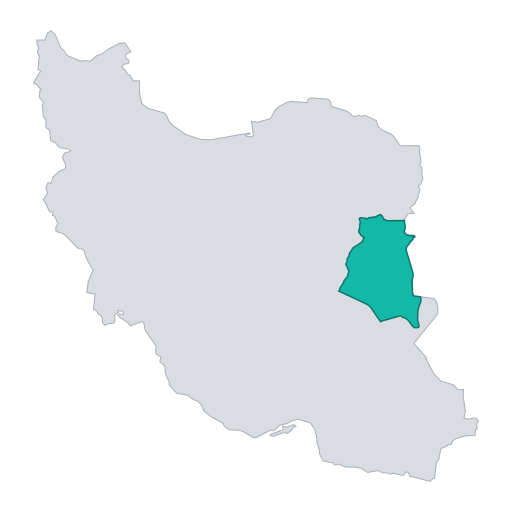 location of South Khorasan within Iran
{"feature_id": "IRN-3244", "entity_name": "South Khorasan", "entity_type": "Province", "adm_level": 1, "iso_a3": "IRN", "parent_name": "Iran", "parent_adm1": "", "projection": "orthographic", "projection_center": [59.888, 32.335], "detail": "fine", "context": "in_parent", "style": "filled", "palette": "teal", "viewbox_px": 512, "rotation_deg": 0, "n_neighbors": 0, "source": "natural_earth", "source_scale": "10m", "svg_char_len": 5407}
<svg xmlns="http://www.w3.org/2000/svg" viewBox="0 0 512 512"><path d="M251.5,121.5L257.9,122.2L269.9,118.8L271.0,117.9L275.0,110.1L279.2,106.6L286.4,102.6L291.0,101.4L306.8,102.6L308.2,99.4L310.9,97.8L328.1,99.2L330.6,101.8L331.5,106.4L345.9,110.8L348.8,112.3L352.2,115.7L355.1,116.6L358.9,115.2L361.2,116.2L365.0,115.4L376.2,120.5L377.7,125.6L379.7,128.0L382.2,130.1L391.2,134.1L393.8,136.4L400.4,145.9L418.6,145.6L419.8,147.6L419.6,151.7L421.0,161.3L419.6,164.9L422.0,168.1L421.8,174.1L422.8,178.4L420.7,184.3L418.6,185.4L419.9,190.6L418.0,195.7L418.3,197.6L415.4,201.9L415.3,203.5L409.9,207.5L413.9,213.3L408.0,213.7L404.2,219.9L405.3,227.2L404.3,231.0L404.9,233.2L406.4,234.6L414.5,236.0L414.8,237.0L406.2,247.8L406.6,251.9L413.0,273.6L412.0,284.5L413.0,295.6L433.9,298.6L436.3,301.4L437.9,307.6L437.9,312.2L437.2,314.6L413.9,343.3L426.1,357.3L426.7,360.4L434.1,374.1L441.0,381.1L453.0,384.7L458.5,389.8L463.5,389.4L463.2,396.5L465.4,411.1L464.0,417.9L468.2,419.1L474.7,417.9L477.1,419.1L478.4,421.5L476.8,422.9L477.2,428.7L475.5,430.0L474.9,435.4L465.3,435.9L456.3,438.5L453.0,440.6L451.2,444.5L448.2,444.3L447.3,445.8L440.9,448.6L438.7,459.7L436.4,462.4L434.6,478.3L433.2,478.5L430.0,481.3L410.2,476.3L408.2,472.5L406.2,471.8L403.3,475.5L393.4,473.4L390.0,474.1L387.9,472.9L382.6,472.8L378.4,470.6L367.6,472.4L361.1,468.3L354.1,467.1L345.5,467.1L338.5,464.0L334.8,465.1L333.2,463.0L322.8,460.8L319.5,453.6L319.5,450.1L317.1,443.9L316.4,434.9L314.3,428.3L310.0,422.8L298.2,419.2L292.0,420.7L287.3,423.6L279.8,425.0L273.7,430.8L270.3,430.2L256.1,437.7L253.2,437.5L243.1,431.5L238.5,430.2L229.1,429.9L224.1,425.9L222.9,423.2L211.0,416.7L203.8,410.9L201.8,405.8L198.8,402.0L191.7,398.6L187.8,395.2L176.6,393.2L169.2,384.8L169.3,382.3L165.3,373.4L165.0,367.1L164.1,365.4L160.4,362.5L159.9,360.8L161.0,356.9L156.2,354.1L155.6,352.1L156.1,346.1L145.3,330.5L143.6,322.2L141.4,321.7L130.3,325.9L127.5,322.6L118.7,316.6L117.6,314.5L120.0,313.8L122.2,314.9L123.7,314.0L123.3,312.2L121.1,310.9L117.9,310.7L118.6,312.4L115.5,313.6L114.7,315.6L114.8,321.6L113.4,323.2L108.4,323.7L105.1,325.3L102.6,322.8L102.2,318.3L100.7,315.3L98.3,314.0L96.6,311.0L93.5,309.2L95.0,294.0L86.9,292.8L88.2,281.2L93.1,270.2L86.6,259.0L84.1,250.7L82.2,249.0L78.3,248.7L66.4,236.5L62.2,233.1L56.0,231.5L55.7,227.7L57.8,223.7L55.5,218.0L54.8,216.3L52.4,215.3L53.0,211.9L49.6,211.7L44.7,201.5L43.1,199.9L47.5,193.4L45.8,187.3L48.0,182.7L51.1,183.3L53.0,177.0L59.6,171.1L64.9,168.9L65.7,166.9L65.2,163.2L62.6,158.3L63.6,154.6L64.9,152.8L70.3,151.5L70.7,150.6L68.5,149.0L59.5,147.7L55.2,142.6L50.8,140.9L49.6,130.7L48.9,129.4L46.9,128.7L45.8,126.7L46.0,120.1L43.4,116.8L42.3,106.7L42.5,104.4L43.7,102.4L39.4,97.5L39.8,91.0L41.1,89.7L36.2,84.2L33.7,83.6L33.6,82.7L39.0,73.4L40.9,71.3L37.8,69.3L38.7,64.4L38.5,60.2L39.5,56.4L37.7,53.2L37.5,51.4L38.9,47.2L37.2,44.8L36.7,40.1L44.9,40.0L47.6,33.2L50.9,30.7L55.3,34.8L60.5,47.2L64.2,51.0L66.7,55.3L81.3,61.3L84.8,60.4L89.9,61.3L97.5,55.2L100.7,54.6L109.4,48.5L119.8,43.2L124.8,42.8L130.9,51.7L126.5,53.8L125.5,55.7L125.7,57.8L128.8,60.2L128.9,62.6L127.6,63.6L123.2,64.4L121.7,66.6L125.8,70.9L127.7,74.3L130.1,75.3L133.4,80.8L139.6,80.8L139.5,93.0L141.8,103.4L147.9,108.3L164.9,113.2L166.6,115.4L168.8,121.1L172.9,125.5L185.7,134.5L200.2,139.3L210.2,139.9L247.4,133.3L250.8,133.5L245.2,135.4L247.2,136.5L251.9,136.8L253.0,136.0L253.3,134.5L251.5,121.5ZM293.6,427.2L291.1,430.6L287.4,433.4L284.6,432.4L273.5,436.2L270.6,435.8L270.2,434.5L282.5,430.0L283.1,428.7L282.5,426.0L286.3,427.3L290.7,425.3L294.4,424.8L296.0,426.4L293.6,427.2Z" fill="#d9dde1" stroke="#a8b0b8" stroke-width="1"/><path d="M404.3,220.3L404.6,222.8L405.3,227.3L405.2,228.4L404.5,230.1L404.3,231.0L404.9,233.2L406.5,234.6L408.4,235.4L410.3,235.6L412.1,235.5L413.1,235.5L413.9,235.7L414.3,235.9L414.7,236.3L414.9,236.7L414.9,236.8L414.7,237.1L414.3,237.2L413.2,237.3L412.7,237.6L412.7,238.0L412.8,238.5L412.8,239.0L412.7,239.6L412.4,239.9L411.6,240.4L410.9,241.1L410.0,242.3L408.9,244.0L407.5,245.8L406.4,247.4L406.2,247.8L406.3,250.1L406.6,251.9L407.4,254.3L408.2,257.1L409.1,260.0L410.0,263.1L411.0,266.5L412.2,270.5L413.0,273.6L413.0,276.0L412.7,278.3L412.5,278.8L411.9,279.7L411.7,280.1L411.8,280.3L412.0,280.4L412.1,280.6L411.9,281.2L412.0,281.5L412.1,281.8L412.2,282.1L412.3,282.7L412.1,284.5L412.2,286.0L412.5,288.6L412.2,290.8L412.3,291.5L412.7,292.9L413.0,295.6L413.8,296.0L416.3,296.3L420.5,296.9L421.0,298.6L420.7,302.1L419.2,305.9L418.0,310.2L417.6,317.9L417.7,320.1L419.0,325.7L419.0,326.6L418.6,327.2L417.8,327.6L414.3,327.7L412.3,326.0L408.3,320.4L405.2,318.1L402.9,317.5L402.3,317.0L401.4,316.1L400.0,315.9L381.2,321.2L380.4,321.6L370.5,307.0L367.0,304.3L338.8,291.1L339.2,290.5L340.5,287.2L343.1,283.3L344.1,280.8L347.5,276.4L347.9,275.0L348.1,273.6L348.7,272.0L348.8,270.4L347.8,268.7L347.1,267.1L347.1,266.2L346.4,265.4L346.0,264.7L345.9,264.1L346.3,263.0L347.0,261.9L347.2,261.1L347.1,258.8L347.7,258.1L348.8,256.3L349.7,252.9L353.1,247.8L360.9,242.8L362.0,241.7L363.2,239.7L363.4,238.9L364.1,237.6L360.4,234.8L360.2,234.0L360.0,233.3L359.4,232.9L358.8,232.2L358.7,231.0L359.1,229.3L359.7,227.8L359.8,226.7L359.6,225.4L360.1,223.2L360.3,221.3L359.4,219.8L359.3,219.0L359.7,218.2L361.0,217.7L364.8,218.2L367.3,219.0L367.9,218.5L368.6,217.8L375.8,216.8L378.0,215.5L380.5,214.6L381.8,215.7L384.2,219.5L387.4,220.7L402.4,220.6L404.3,220.3L404.3,220.3Z" fill="#14b8a6" stroke="#0f766e" stroke-width="1.5"/></svg>